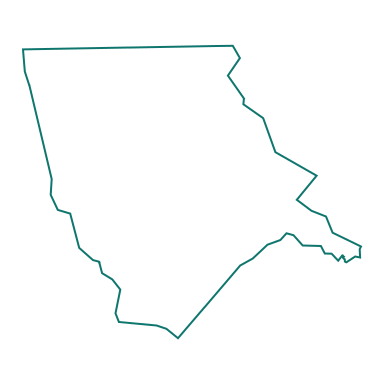 Moore, North Carolina, United States of America (orthographic projection)
{"feature_id": "52423323B34987104881159", "entity_name": "Moore", "entity_type": "district", "adm_level": 2, "iso_a3": "USA", "parent_name": "United States of America", "parent_adm1": "North Carolina", "projection": "orthographic", "projection_center": [-79.387, 35.281], "detail": "fine", "context": "isolated", "style": "outline", "palette": "teal", "viewbox_px": 384, "rotation_deg": 0, "n_neighbors": 0, "source": "geoboundaries", "source_scale": "gbopen_adm2", "svg_char_len": 1048}
<svg xmlns="http://www.w3.org/2000/svg" viewBox="0 0 384 384"><path d="M23.0,49.4L24.8,71.5L29.4,85.7L29.5,85.7L29.5,85.8L51.7,179.1L50.7,194.8L57.8,209.9L70.2,213.6L79.2,247.9L93.0,260.1L99.1,261.7L99.3,261.9L99.5,262.4L99.3,262.7L99.4,262.9L99.6,263.1L99.6,263.3L99.4,263.3L99.7,264.1L102.1,273.2L112.3,279.4L120.3,289.6L115.5,313.3L118.9,322.0L156.6,325.5L166.4,328.8L178.0,338.2L204.8,306.9L205.1,306.7L205.9,305.7L240.2,265.5L252.8,258.5L267.5,244.7L280.4,240.0L286.5,233.3L293.5,235.2L302.7,245.5L320.9,246.0L324.8,253.5L331.6,253.7L338.2,260.7L342.3,255.4L342.8,255.5L343.1,256.1L343.4,256.3L343.9,256.7L343.8,256.8L343.1,257.5L343.0,257.8L343.8,258.7L344.7,259.2L344.9,261.5L345.1,261.7L345.7,262.1L346.4,262.3L355.2,256.5L360.1,257.5L359.7,249.2L361.0,246.5L332.6,232.7L326.0,216.5L311.5,210.8L296.8,199.8L316.6,175.7L275.4,152.2L263.2,118.2L243.4,104.3L243.9,98.7L244.0,98.6L227.9,75.6L239.9,58.1L232.8,45.8L217.0,46.0L216.8,46.0L137.6,47.4L132.2,47.5L129.5,47.5L44.9,49.0L23.0,49.4Z" fill="none" stroke="#0f766e" stroke-width="2"/></svg>